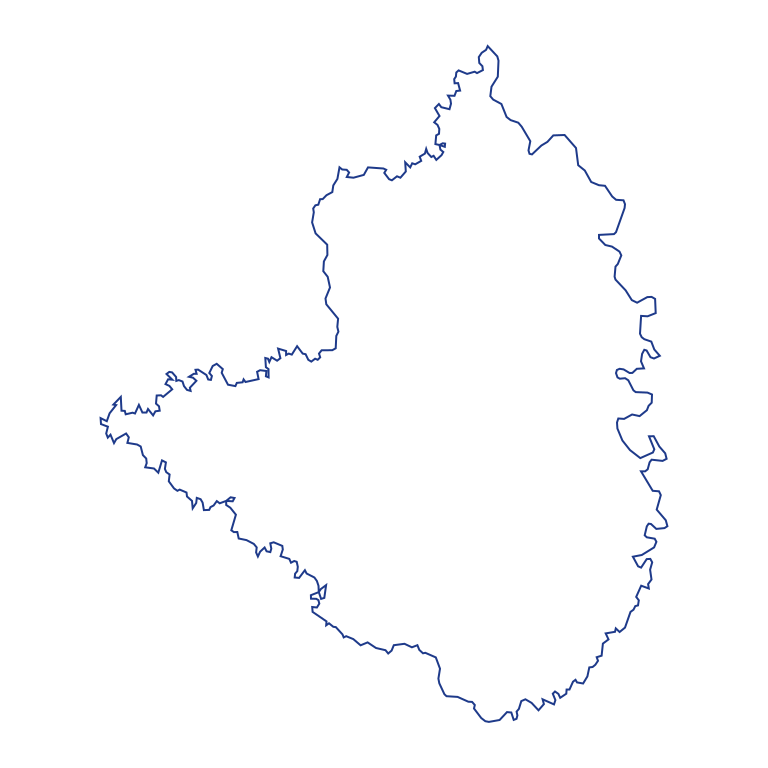 outline of Ortigueira, Paraná, Brazil
{"feature_id": "56859067B19846476381832", "entity_name": "Ortigueira", "entity_type": "district", "adm_level": 2, "iso_a3": "BRA", "parent_name": "Brazil", "parent_adm1": "Paraná", "projection": "equal_earth", "projection_center": [-50.979, -24.105], "detail": "fine", "context": "isolated", "style": "outline", "palette": "blue", "viewbox_px": 768, "rotation_deg": 0, "n_neighbors": 0, "source": "geoboundaries", "source_scale": "gbopen_adm2", "svg_char_len": 6103}
<svg xmlns="http://www.w3.org/2000/svg" viewBox="0 0 768 768"><path d="M647.3,297.1L637.1,302.7L631.8,300.1L625.6,290.3L615.5,279.6L614.6,276.7L615.5,266.6L617.8,264.0L621.3,255.4L619.5,251.6L612.0,246.6L605.3,245.0L599.0,238.5L599.0,234.9L614.0,234.1L616.0,232.2L624.6,208.0L625.0,204.2L623.5,200.3L616.1,199.8L612.2,196.5L605.0,185.8L598.9,185.2L591.2,182.0L584.8,170.5L578.2,165.2L576.0,148.0L564.6,135.0L553.3,135.4L547.4,141.9L541.4,145.5L532.0,154.4L529.5,153.8L528.5,150.4L530.3,141.2L521.7,126.7L518.3,122.7L510.6,120.1L506.6,117.0L501.4,104.0L493.2,99.6L490.3,96.2L491.5,86.7L497.8,76.7L498.5,60.7L497.3,56.4L487.7,46.1L486.1,49.8L481.7,52.8L478.8,57.1L479.3,63.0L482.4,66.2L482.9,70.1L477.0,73.1L474.7,71.7L467.1,73.9L458.6,70.4L456.3,72.5L455.9,76.6L454.2,79.1L454.6,83.3L458.1,83.1L460.1,90.6L456.3,91.0L454.5,95.8L448.0,95.6L450.4,99.7L451.0,103.7L449.5,109.2L441.3,107.2L438.9,104.0L434.9,108.1L439.5,116.0L434.2,122.3L437.5,124.9L439.3,128.9L439.0,133.8L436.2,135.4L435.4,144.1L439.5,145.0L440.4,149.6L443.3,152.0L441.5,155.2L436.3,159.9L433.6,155.8L431.3,157.0L427.6,153.0L426.2,148.9L424.9,153.6L419.7,156.7L421.2,160.9L415.2,164.3L412.2,163.3L410.2,167.4L405.2,162.3L405.8,171.5L400.4,177.7L397.0,176.3L391.9,180.3L389.1,179.2L384.3,172.9L386.2,169.8L383.4,168.5L368.0,167.4L363.8,174.9L353.5,177.7L346.8,177.0L349.1,172.5L346.7,169.8L342.2,169.5L339.5,167.3L337.4,178.9L333.3,185.4L332.3,192.1L326.5,195.2L322.7,199.1L320.1,199.2L318.3,204.7L315.4,205.3L313.2,208.5L313.8,212.3L312.1,222.4L315.6,233.4L327.2,244.7L327.4,255.0L323.9,261.4L323.3,271.2L327.7,276.8L330.0,287.5L325.5,298.5L326.3,304.3L338.1,318.7L337.3,326.9L338.4,331.7L336.3,335.9L335.7,348.3L332.3,350.2L321.6,350.3L319.0,353.6L320.2,357.3L317.7,359.8L315.1,358.7L311.3,361.6L308.3,359.8L305.6,354.2L302.7,353.6L297.1,346.2L291.8,354.6L288.7,353.6L286.1,355.0L286.1,351.0L278.1,348.6L280.4,358.2L277.1,360.7L271.5,357.2L269.3,362.0L268.0,358.7L265.3,358.0L265.9,367.2L268.5,369.1L268.6,377.4L265.9,376.3L266.4,371.0L260.1,370.2L257.1,371.8L258.6,379.1L245.5,382.0L243.6,379.4L242.6,382.3L236.8,382.9L235.4,386.1L228.0,384.7L221.7,372.8L222.8,369.1L216.7,363.8L212.7,366.0L209.3,373.0L211.9,376.0L210.9,379.9L208.2,379.5L206.4,375.0L198.1,369.6L195.5,369.8L196.6,373.8L193.8,373.8L189.0,376.8L193.0,377.7L196.4,380.8L189.9,387.7L190.6,390.9L187.0,389.9L184.0,386.1L182.5,381.5L178.8,380.1L176.3,380.9L176.1,377.0L172.1,372.4L169.3,371.9L166.5,374.0L172.3,379.7L168.1,379.3L165.5,384.1L169.4,385.9L172.2,389.3L163.1,396.9L161.0,395.3L156.7,395.5L156.0,403.6L159.0,406.3L159.7,410.7L155.4,411.3L153.1,415.4L148.0,409.0L146.5,412.5L142.4,412.5L138.9,404.9L135.0,413.5L132.6,412.7L125.7,414.3L124.8,410.9L121.5,410.7L120.8,396.9L113.4,404.6L116.1,405.1L109.6,413.3L106.8,421.2L100.6,418.1L101.0,424.1L107.9,426.7L106.2,433.5L107.8,437.6L110.5,434.7L114.0,443.1L116.3,439.1L126.1,433.5L128.8,437.3L127.4,442.9L137.1,444.5L140.7,446.5L142.9,455.1L146.2,458.5L146.7,463.1L145.2,467.3L154.0,468.5L158.3,472.7L162.0,460.4L165.9,462.4L164.9,468.9L166.3,472.2L169.6,474.5L168.8,481.3L174.0,488.4L177.4,490.8L179.7,489.6L186.5,492.5L187.0,496.5L192.0,500.9L192.7,508.3L196.2,503.0L196.8,497.9L200.6,499.2L202.6,502.6L203.9,510.1L209.2,509.9L210.5,507.1L213.6,505.5L216.8,501.1L219.7,503.3L226.2,500.9L226.2,505.0L230.3,507.7L235.9,514.7L231.3,530.3L233.9,532.1L237.3,532.0L238.7,538.5L246.5,540.1L253.8,543.9L256.7,547.4L256.1,552.4L257.9,556.5L260.1,551.7L264.6,547.5L266.6,551.3L270.3,552.1L271.3,548.7L270.3,543.3L273.7,542.3L282.3,545.9L282.8,549.5L280.6,556.2L289.3,558.9L291.0,562.7L294.2,561.0L296.7,561.8L297.8,566.8L297.3,571.1L295.1,573.7L294.7,577.5L299.1,577.9L304.9,570.2L306.6,573.5L314.4,577.5L316.9,581.0L318.5,585.8L318.8,592.1L310.9,595.2L311.0,598.7L316.2,598.8L318.4,600.1L319.3,603.6L316.9,607.5L312.2,607.0L312.6,611.9L326.5,621.4L326.2,625.3L329.0,623.3L333.3,626.8L335.8,627.1L342.5,634.4L343.7,637.4L346.2,636.2L353.3,639.1L360.6,645.3L367.6,642.4L376.0,648.0L385.5,650.2L388.2,653.5L391.6,650.6L393.8,645.2L404.5,643.8L411.9,647.3L417.4,645.2L419.3,649.9L423.0,653.3L425.3,652.8L435.8,657.4L440.0,668.7L438.4,678.6L439.3,683.3L444.4,694.2L446.5,696.2L457.6,696.9L468.3,701.7L472.1,701.9L474.8,705.0L474.0,708.5L481.2,718.0L485.3,721.2L488.9,721.9L499.6,720.0L507.0,712.1L511.3,712.5L513.7,719.9L516.5,718.8L517.4,715.4L516.6,711.6L518.9,708.9L521.3,701.1L525.4,699.3L531.6,702.9L538.5,710.3L543.9,704.1L542.6,699.3L554.0,704.4L555.4,700.1L552.8,693.7L555.0,691.5L558.4,693.9L560.2,697.8L566.3,693.7L566.6,689.5L569.5,689.5L573.0,681.7L575.5,679.8L577.0,682.4L583.1,683.5L587.4,676.4L589.3,667.4L592.6,667.0L595.3,664.8L598.0,660.8L596.7,657.2L601.6,655.7L602.9,643.6L608.5,639.4L605.7,633.4L615.0,631.8L615.8,628.4L619.6,632.0L625.0,627.6L630.5,611.9L633.5,609.7L635.3,606.1L638.0,605.4L638.8,600.3L636.2,596.9L641.2,585.7L648.8,588.5L648.1,584.1L651.5,579.5L650.1,569.7L652.2,562.3L650.3,558.9L646.7,559.1L641.1,567.6L638.1,566.3L632.9,556.7L641.8,555.0L654.1,547.4L656.4,541.8L654.7,538.7L646.8,537.3L644.7,535.3L646.8,526.4L648.6,523.7L651.0,524.0L656.3,528.9L664.5,528.1L667.4,526.2L665.8,520.3L656.7,509.6L660.8,495.1L659.0,491.3L652.7,490.8L641.0,471.3L645.2,471.3L647.7,469.3L649.6,462.3L651.6,459.7L662.6,460.9L666.6,458.8L665.2,453.3L659.3,446.5L653.7,436.2L649.0,436.3L654.3,449.3L652.9,452.5L640.3,458.1L630.0,450.1L622.4,440.5L617.4,428.5L617.0,422.5L618.3,418.5L624.1,418.9L632.1,414.5L639.6,416.1L646.9,410.2L648.6,405.8L651.7,402.7L652.0,394.5L647.5,392.6L635.7,392.1L633.4,390.3L628.3,380.3L625.1,378.2L619.8,378.7L617.5,377.4L616.0,373.1L616.9,370.0L619.6,368.8L623.6,369.4L629.6,373.0L632.4,372.9L636.8,368.8L644.0,368.4L641.0,361.3L642.1,353.9L644.3,349.8L646.6,350.5L650.5,357.2L654.0,358.5L659.8,355.8L654.3,349.5L651.3,341.6L644.3,339.2L641.7,337.2L640.0,333.7L641.1,315.9L647.6,316.3L655.7,313.1L655.1,298.9L651.6,296.9L647.3,297.1ZM318.8,592.1L320.8,589.1L326.1,585.1L324.3,597.9L321.1,598.9L318.8,592.1ZM226.2,500.9L230.6,497.3L234.5,498.0L232.7,501.3L226.2,500.9ZM439.5,145.0L442.7,143.3L445.1,143.6L444.8,146.8L439.5,145.0Z" fill="none" stroke="#1e3a8a" stroke-width="2"/></svg>